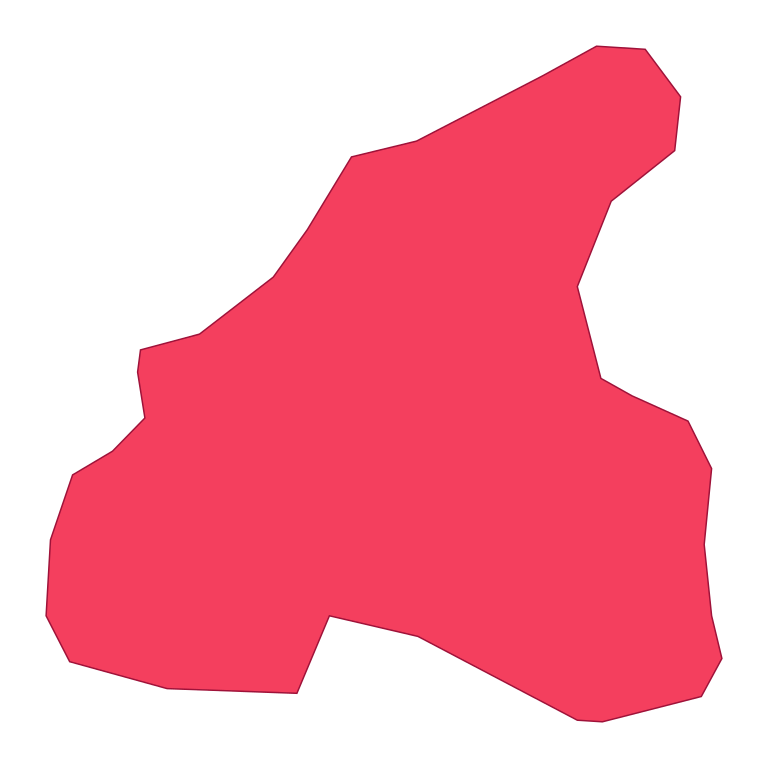 outline of Francistown
{"feature_id": "BWA-5502", "entity_name": "Francistown", "entity_type": "City", "adm_level": 1, "iso_a3": "BWA", "parent_name": "Botswana", "parent_adm1": "", "projection": "mercator", "projection_center": [27.509, -21.161], "detail": "fine", "context": "isolated", "style": "filled", "palette": "rose", "viewbox_px": 768, "rotation_deg": 0, "n_neighbors": 0, "source": "natural_earth", "source_scale": "10m", "svg_char_len": 543}
<svg xmlns="http://www.w3.org/2000/svg" viewBox="0 0 768 768"><path d="M596.5,46.2L645.2,49.3L680.6,96.8L674.7,150.6L611.2,201.2L577.3,286.6L600.9,378.4L631.9,395.8L688.0,421.1L711.6,468.6L704.2,544.6L711.6,615.8L721.9,658.5L701.3,696.5L602.4,721.8L577.3,720.2L417.9,636.4L329.4,615.8L296.9,693.3L167.1,688.6L69.7,661.7L46.1,615.8L50.5,539.8L72.6,474.9L112.5,451.2L144.9,418.0L137.6,372.1L140.5,349.9L199.5,334.1L273.3,277.1L307.3,229.7L351.5,156.9L416.5,141.1L541.9,76.2L596.5,46.2Z" fill="#f43f5e" stroke="#9f1239" stroke-width="1.5"/></svg>